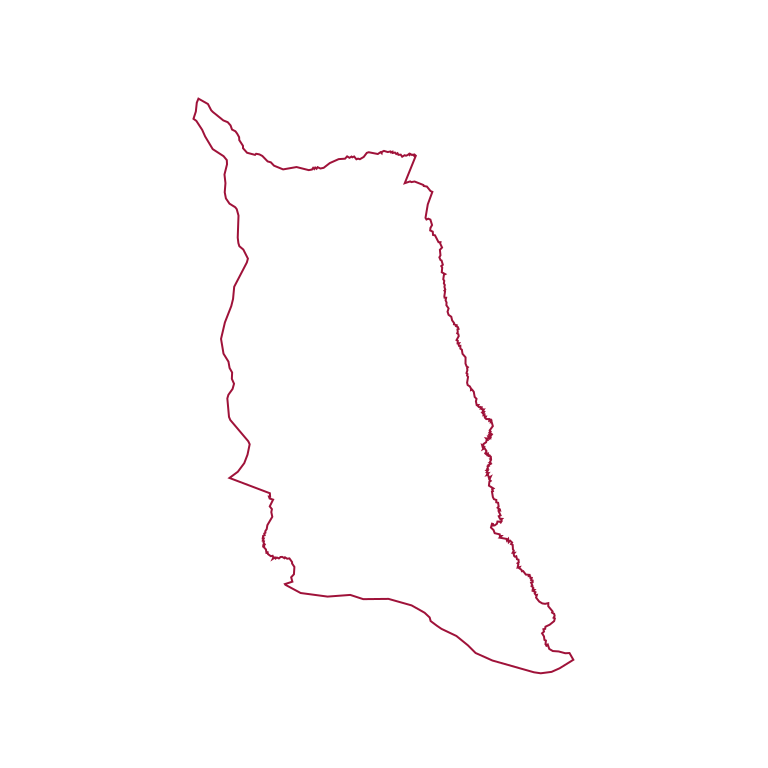 La Joya de los Sachas, Orellana, Ecuador (Robinson projection), rotated 21°
{"feature_id": "8360857B49386620675514", "entity_name": "La Joya de los Sachas", "entity_type": "district", "adm_level": 2, "iso_a3": "ECU", "parent_name": "Ecuador", "parent_adm1": "Orellana", "projection": "robinson", "projection_center": [-76.855, -0.261], "detail": "fine", "context": "isolated", "style": "outline", "palette": "rose", "viewbox_px": 768, "rotation_deg": 21, "n_neighbors": 0, "source": "geoboundaries", "source_scale": "gbopen_adm2", "svg_char_len": 6165}
<svg xmlns="http://www.w3.org/2000/svg" viewBox="0 0 768 768"><g transform="rotate(21 384 384)"><path d="M111.1,204.7L114.5,205.6L123.2,211.9L128.3,217.0L139.9,226.1L152.6,228.8L157.0,231.3L158.7,235.1L160.0,245.6L164.0,253.3L166.6,262.1L169.9,267.4L175.1,271.0L181.8,272.3L183.9,273.6L187.8,278.9L195.0,299.8L197.6,304.7L199.6,307.2L204.5,308.9L212.0,315.7L212.4,319.7L209.3,346.9L212.6,358.7L213.5,366.0L213.4,383.5L215.7,400.3L223.3,413.2L230.8,418.9L234.1,424.4L238.1,427.7L240.1,433.7L243.9,437.5L244.4,442.9L242.6,449.8L242.9,453.6L251.1,470.3L253.4,472.7L277.8,486.1L280.2,488.4L281.9,498.9L281.9,508.0L279.0,518.3L273.4,527.1L316.6,526.9L318.0,529.9L316.9,530.3L318.3,531.9L321.9,531.7L321.2,539.2L324.2,541.0L324.7,544.0L327.3,548.0L325.7,557.6L326.5,561.5L325.9,564.0L326.6,565.3L325.8,566.5L326.8,568.0L325.6,569.0L326.1,571.6L327.1,571.3L327.0,573.8L328.3,573.8L328.4,575.4L330.0,576.4L329.0,577.5L329.4,578.9L330.3,578.5L330.5,579.5L333.1,580.8L334.3,583.0L335.3,582.8L335.2,583.7L336.0,583.4L336.7,584.4L340.1,585.3L341.6,584.3L342.9,585.7L342.8,587.1L344.3,585.0L345.3,585.8L346.2,584.4L348.4,584.5L349.4,582.6L350.9,581.9L353.5,582.3L353.7,581.3L356.2,581.8L358.2,580.7L362.0,583.2L362.5,584.5L365.9,586.9L368.1,593.9L366.6,597.7L369.3,601.4L363.2,606.3L363.9,606.8L381.1,609.0L407.5,602.7L428.1,593.0L441.7,592.3L465.2,583.0L489.1,580.8L503.9,583.0L510.3,585.6L512.5,588.6L519.9,590.7L525.4,592.0L541.9,593.3L556.0,597.9L565.9,602.3L584.3,603.3L627.3,599.4L634.0,597.9L643.6,592.7L649.8,586.5L659.6,573.6L653.6,568.7L649.7,570.4L642.9,571.1L637.3,572.8L633.2,572.1L630.3,568.6L629.2,570.9L629.2,569.1L628.0,569.0L627.1,565.5L625.5,565.4L623.8,562.3L620.9,560.1L622.1,557.8L620.7,555.8L622.2,554.8L621.7,552.7L624.9,549.4L627.8,544.4L627.5,541.6L626.1,541.5L626.4,539.3L625.2,537.6L622.8,537.2L622.9,535.9L617.0,532.6L615.9,529.7L613.2,531.5L610.4,532.1L606.9,531.5L602.5,528.9L602.3,526.1L601.4,526.6L599.8,525.6L600.0,524.1L597.1,523.8L598.2,522.2L596.4,522.2L596.3,520.6L594.2,519.8L594.7,518.9L592.5,516.7L593.8,515.8L593.2,514.2L591.6,514.3L591.4,512.2L590.3,512.7L589.4,511.1L588.1,511.5L588.1,510.1L584.7,511.1L581.0,508.8L579.9,509.4L578.9,508.2L576.1,507.5L576.3,506.3L574.5,507.5L574.0,504.0L572.9,503.5L573.7,502.2L572.5,499.8L570.9,499.9L569.2,497.4L568.2,498.3L567.1,497.9L565.9,496.1L566.4,494.7L564.6,495.4L564.9,493.1L563.6,492.1L561.8,488.1L560.0,487.9L560.4,486.1L558.0,485.1L557.1,487.0L555.5,484.2L554.9,486.1L553.8,484.7L547.1,486.0L548.1,483.8L546.6,484.3L545.9,482.9L540.8,483.6L538.6,481.1L535.3,479.7L534.9,475.7L535.9,475.6L536.7,477.0L538.0,476.3L539.5,474.0L539.1,470.9L539.6,471.8L541.2,471.0L542.6,471.5L543.0,469.7L542.0,468.8L542.5,467.6L540.5,468.2L538.5,466.3L539.9,464.9L536.5,461.6L536.0,460.2L537.6,460.3L537.1,459.5L534.4,458.8L534.9,457.2L533.1,454.0L531.2,454.2L530.4,452.0L527.9,452.1L526.2,450.6L523.3,445.7L524.1,445.0L522.7,443.5L523.6,442.3L518.4,441.3L517.4,437.5L518.3,436.2L516.6,435.5L516.8,432.3L515.5,433.9L513.7,431.5L512.7,432.2L513.2,430.5L512.6,431.0L512.6,429.7L511.5,429.7L511.9,427.2L510.8,427.5L511.6,425.9L510.4,426.9L511.2,425.5L510.2,423.8L511.2,422.9L510.5,422.4L512.3,420.2L511.1,419.8L511.7,419.4L510.9,418.7L511.1,416.7L510.2,416.1L510.8,415.7L509.8,413.7L507.2,413.7L506.7,413.3L507.3,412.8L506.2,412.7L506.6,411.6L506.1,412.4L505.9,411.6L505.0,412.1L504.3,411.4L504.9,413.0L503.4,412.5L503.7,409.9L500.9,407.9L499.8,409.2L500.0,407.1L498.8,407.7L497.5,405.9L498.8,406.1L498.4,404.3L500.2,401.8L499.9,399.7L500.6,399.3L498.8,398.2L501.6,397.5L500.4,396.0L502.1,396.2L500.9,394.6L502.1,394.8L501.3,393.7L502.3,394.0L502.8,392.3L499.8,391.6L500.0,390.5L501.3,390.7L499.3,389.4L500.7,384.3L498.3,381.1L497.5,381.5L497.5,380.3L496.6,380.4L497.3,378.4L495.4,380.5L494.9,379.0L492.1,380.1L490.7,379.5L490.8,378.0L489.8,378.5L488.8,376.5L488.0,377.3L487.7,376.2L486.8,375.9L487.1,375.3L486.2,375.2L487.2,374.0L486.0,373.8L486.2,372.6L485.2,373.5L485.7,372.1L484.2,372.4L483.7,371.1L483.0,371.9L482.7,370.0L482.5,371.1L480.9,371.5L479.6,370.9L479.7,369.8L478.1,370.5L476.0,367.2L475.7,364.7L473.3,363.6L470.6,359.1L468.3,357.7L467.4,358.5L467.0,357.2L465.0,355.5L462.5,355.0L461.1,353.0L459.9,347.2L458.5,346.3L458.4,344.8L457.1,344.3L456.9,341.2L455.9,339.4L456.3,338.3L454.9,338.0L452.8,335.8L450.6,329.9L446.5,327.7L444.4,324.1L442.6,323.6L441.6,321.0L440.5,321.6L439.2,320.2L439.5,319.0L438.1,319.6L437.4,317.2L436.0,317.0L436.6,312.5L435.6,310.9L434.1,310.4L434.3,309.1L433.0,306.7L433.9,305.9L432.6,304.4L430.6,304.2L430.8,303.1L427.9,303.2L427.6,302.0L424.8,300.2L422.7,297.1L419.5,296.3L417.4,293.7L417.2,290.3L414.0,288.1L413.2,285.5L411.5,283.8L411.1,281.2L409.6,281.7L408.9,280.5L407.8,275.7L406.9,275.2L407.4,274.0L405.6,271.7L405.3,269.8L403.8,268.6L403.3,266.1L401.8,265.0L400.8,260.5L401.7,259.5L397.9,259.0L396.6,254.4L395.2,253.4L396.2,251.6L393.5,248.1L392.3,248.0L390.3,245.9L390.6,243.6L388.1,238.7L389.3,235.8L386.1,232.7L385.9,231.4L384.1,232.1L378.3,226.9L376.4,227.3L374.9,224.3L372.1,224.1L371.4,221.6L371.9,218.4L368.4,213.9L366.1,213.8L364.7,215.2L363.2,214.0L360.5,200.6L360.3,187.3L358.3,187.2L353.3,184.3L350.1,184.9L349.5,184.1L340.0,184.0L337.2,185.7L335.8,185.5L331.4,189.1L331.9,159.5L330.6,159.0L330.6,160.3L328.9,159.4L328.1,160.2L326.3,159.8L325.9,160.9L325.0,160.1L324.1,161.7L322.7,163.0L321.3,163.0L319.5,165.3L317.4,163.9L315.3,164.9L313.9,163.7L313.0,164.9L311.3,164.0L309.3,165.2L308.7,164.1L307.5,165.3L306.7,164.6L304.4,166.1L300.4,166.4L298.8,168.1L299.1,169.4L297.7,168.8L295.8,171.5L286.7,173.1L285.1,174.4L283.7,179.3L280.9,182.8L279.0,182.9L277.7,184.1L274.6,182.3L273.2,183.7L272.2,183.3L270.7,185.2L268.0,184.7L266.9,187.6L261.1,190.3L254.2,197.2L250.2,203.8L247.4,205.6L244.3,205.4L243.9,207.2L242.2,206.6L241.8,208.3L240.4,207.6L239.9,209.6L237.1,211.3L224.6,212.8L212.9,219.8L203.1,219.6L198.9,217.6L195.6,217.9L188.7,214.7L185.4,214.3L182.1,214.9L181.5,216.3L173.3,217.2L167.9,214.4L167.0,212.2L161.5,208.2L160.3,205.5L157.2,202.9L154.7,201.3L150.9,200.9L148.1,197.6L144.3,195.6L139.5,195.5L126.8,191.4L124.6,190.4L119.3,185.7L108.5,184.1L108.4,188.4L110.7,197.1L111.1,204.7Z" fill="none" stroke="#9f1239" stroke-width="2"/></g></svg>